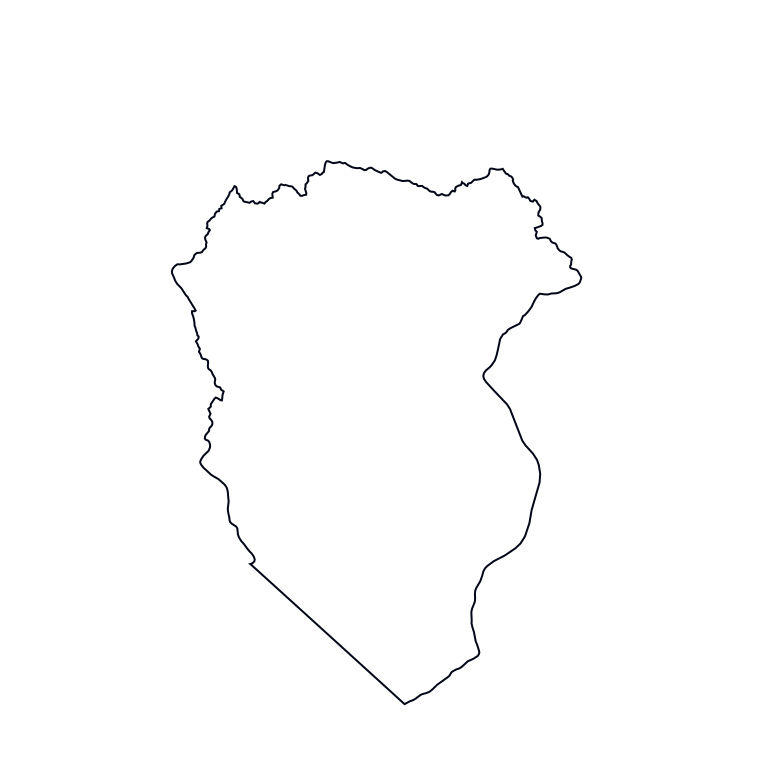 the district of Casa Nova, Bahia, Brazil, rotated 307°
{"feature_id": "56859067B17018387686030", "entity_name": "Casa Nova", "entity_type": "district", "adm_level": 2, "iso_a3": "BRA", "parent_name": "Brazil", "parent_adm1": "Bahia", "projection": "robinson", "projection_center": [-41.193, -9.237], "detail": "fine", "context": "isolated", "style": "outline", "palette": "ink", "viewbox_px": 768, "rotation_deg": 307, "n_neighbors": 0, "source": "geoboundaries", "source_scale": "gbopen_adm2", "svg_char_len": 6166}
<svg xmlns="http://www.w3.org/2000/svg" viewBox="0 0 768 768"><g transform="rotate(307 384 384)"><path d="M159.7,385.5L159.7,386.9L151.9,472.3L141.8,581.4L140.7,593.1L146.0,595.5L149.2,597.6L151.8,598.6L157.6,600.3L159.6,601.4L161.7,603.1L164.4,604.9L166.2,605.7L168.9,606.4L175.9,607.5L189.4,611.7L191.3,611.8L192.8,611.5L194.7,611.4L196.1,611.9L199.6,613.5L201.6,615.0L204.7,616.3L213.0,617.8L217.1,620.1L218.5,620.8L223.5,622.6L225.4,622.3L226.9,621.8L228.3,620.2L231.9,615.2L233.6,612.2L240.1,605.0L243.1,600.8L245.5,598.0L248.0,596.3L254.4,591.0L257.7,589.5L263.1,588.1L265.9,587.0L267.7,585.7L271.4,582.7L273.8,581.3L276.1,580.5L284.3,579.6L289.8,577.9L294.2,576.1L297.9,575.6L301.1,576.1L308.6,578.3L319.8,583.7L331.8,587.8L338.7,589.0L347.1,588.3L360.3,583.9L372.1,577.8L399.0,567.5L406.3,562.8L412.5,556.3L415.4,552.0L418.0,545.1L420.1,534.1L422.0,528.5L439.8,499.8L441.8,494.5L444.7,476.9L447.0,464.4L448.3,460.7L450.1,458.5L452.8,457.3L456.1,457.2L461.1,458.4L464.6,458.6L469.8,458.3L474.5,456.7L478.9,454.8L489.8,449.7L495.1,449.2L498.0,450.4L499.5,450.5L501.8,450.4L504.7,451.4L513.2,455.7L514.4,456.0L517.6,455.3L520.9,454.4L522.3,454.2L523.4,455.0L528.6,455.5L532.1,455.5L534.7,455.4L540.7,454.1L544.2,453.7L548.1,453.7L550.0,454.2L551.0,456.2L552.4,458.6L554.3,461.2L556.9,463.1L559.9,466.7L561.4,468.1L563.2,469.2L569.3,471.8L572.8,474.4L577.1,477.3L580.9,479.1L583.1,479.2L587.0,477.9L588.0,477.2L590.6,471.3L591.0,469.9L590.8,468.4L589.0,464.0L589.2,462.4L590.5,461.6L592.1,461.5L594.5,459.8L596.2,459.2L597.5,457.7L597.2,455.7L597.2,452.9L597.6,449.2L597.3,447.7L596.4,445.6L596.2,443.9L596.9,441.1L598.8,438.2L599.4,436.4L598.3,433.4L598.5,431.4L599.7,429.0L599.0,426.1L597.8,424.3L594.1,420.3L592.8,419.8L592.4,418.4L593.3,416.7L594.1,415.7L597.4,414.5L597.9,412.2L599.3,410.6L601.1,412.0L604.9,414.4L606.5,414.8L607.8,413.9L608.9,412.3L611.4,410.0L611.6,408.6L611.4,405.8L613.9,404.2L617.5,403.7L619.5,402.4L620.1,400.9L620.4,399.2L621.0,397.5L621.9,395.8L621.7,393.2L619.2,393.1L618.3,390.7L619.4,388.3L619.7,386.5L618.6,385.8L618.2,384.5L618.0,382.6L616.9,381.8L621.9,372.5L621.5,371.0L621.5,369.5L622.1,367.5L623.0,365.7L623.8,364.5L625.0,364.1L626.0,362.3L626.3,360.7L625.7,358.8L626.1,356.3L625.4,355.0L626.4,351.7L627.3,349.3L625.4,347.9L623.3,345.5L621.1,340.7L619.9,339.3L618.3,339.6L616.6,340.7L614.5,341.5L612.0,341.4L610.6,340.9L605.7,337.7L602.8,335.0L601.7,333.4L600.5,333.0L597.1,332.5L594.7,330.6L592.3,331.3L591.8,329.4L592.3,327.8L591.9,326.1L592.1,324.8L589.6,325.7L588.2,325.0L587.1,324.0L584.5,322.9L583.1,323.2L581.5,324.5L580.3,324.6L579.6,322.4L577.6,322.0L575.5,322.2L573.5,321.9L571.4,319.5L570.5,315.8L567.5,314.2L566.8,312.3L567.6,308.8L566.8,307.1L565.8,305.6L565.6,303.5L566.0,301.1L565.1,298.2L565.1,295.2L563.3,293.1L562.5,291.5L563.2,289.7L562.4,288.4L561.6,287.2L561.4,284.4L561.5,282.1L560.6,280.4L558.7,278.4L557.0,276.2L556.3,274.1L555.6,272.8L555.1,271.2L554.6,269.6L555.0,258.8L554.8,256.8L553.2,255.2L552.0,255.1L550.9,254.6L550.2,252.2L549.3,247.5L549.3,245.1L549.0,243.5L548.0,242.5L546.6,241.6L544.3,240.9L543.0,239.6L542.7,237.3L542.2,235.2L541.5,234.1L540.1,232.6L538.1,228.6L537.4,225.3L537.1,222.2L537.1,219.8L535.4,218.3L534.7,215.0L533.0,213.7L529.8,210.5L529.1,208.2L528.3,205.3L527.3,204.1L526.2,204.1L525.0,204.4L523.5,205.0L517.1,208.4L515.4,207.8L514.2,207.9L512.4,207.0L512.2,203.8L511.5,201.9L509.3,201.6L507.5,201.0L505.8,199.3L504.6,198.8L503.4,199.0L502.4,199.6L500.6,201.4L498.0,201.5L496.2,201.2L494.0,202.8L492.4,203.4L489.6,207.2L488.3,207.9L486.6,206.3L484.9,205.3L484.0,203.9L484.6,202.0L484.8,199.7L485.8,197.5L485.9,194.7L486.5,192.0L485.7,190.4L485.0,189.3L483.7,185.5L482.7,184.8L481.6,181.7L479.4,181.2L477.3,182.4L474.7,182.5L473.3,182.0L470.5,179.9L468.6,180.4L465.8,183.0L464.0,181.3L462.3,180.7L459.9,180.6L458.4,180.0L456.1,179.9L455.6,178.0L455.0,176.8L454.6,175.1L453.0,175.0L451.8,174.3L450.7,172.3L451.4,169.4L449.9,168.2L447.7,167.5L446.4,164.4L445.6,163.0L445.5,161.6L446.7,159.3L446.7,156.1L447.9,155.1L448.5,154.0L448.1,151.7L451.2,149.0L452.4,147.1L452.0,145.5L448.5,146.1L446.6,146.1L444.3,145.4L442.8,146.1L440.4,146.7L436.2,147.0L431.6,148.0L428.4,146.8L426.6,148.5L424.7,147.1L422.7,148.2L421.0,146.6L418.1,146.6L416.7,147.3L415.6,147.8L413.8,146.8L411.6,146.3L409.6,146.3L407.3,145.6L405.9,146.1L404.3,147.6L401.8,148.7L402.5,150.8L402.1,152.3L399.6,152.4L397.7,153.0L394.8,152.5L393.2,153.0L391.9,154.2L390.3,157.1L388.5,157.7L386.7,159.3L385.0,159.7L382.4,159.1L379.7,159.2L378.4,158.3L376.1,155.8L374.3,155.2L372.6,155.0L370.4,155.9L366.4,156.2L364.6,155.9L361.1,153.4L356.8,149.1L355.2,146.9L352.4,146.0L348.8,145.9L346.3,146.8L344.8,148.2L342.5,152.5L341.2,154.4L340.1,156.8L339.4,158.9L338.6,164.3L335.8,172.0L335.3,175.0L334.3,176.9L330.3,187.2L329.2,189.4L328.2,189.0L326.6,186.9L325.1,187.9L322.8,191.4L321.2,193.3L319.4,195.2L316.5,197.7L315.5,199.4L313.2,202.3L312.3,203.9L310.5,205.8L310.4,207.3L309.4,208.1L308.2,208.4L304.9,208.1L303.5,211.4L302.3,213.0L301.3,215.8L298.4,216.8L297.5,219.3L295.2,222.7L295.2,224.5L296.3,226.3L296.7,227.8L296.6,229.3L295.1,230.8L292.4,232.4L290.9,233.9L290.4,235.2L290.6,237.0L290.2,238.6L288.5,241.7L287.0,245.4L286.2,246.4L283.1,248.0L281.7,250.0L281.4,251.7L282.6,255.3L281.4,257.4L281.6,260.4L278.1,261.6L275.6,263.2L273.3,264.4L272.7,263.2L272.6,260.9L272.3,259.0L271.8,257.7L270.1,257.5L263.8,257.8L261.6,259.3L258.3,258.7L255.9,263.3L252.7,264.0L251.6,265.4L251.3,267.6L250.5,269.6L248.8,271.0L247.2,271.5L245.4,271.3L243.4,271.2L241.1,272.5L236.0,272.3L234.5,272.6L232.5,273.8L232.3,275.6L232.9,277.4L232.5,279.4L231.1,281.3L229.9,282.4L228.3,283.3L225.0,284.1L217.9,283.0L213.7,283.3L211.4,283.9L210.2,285.1L209.3,287.2L208.5,290.3L207.7,298.5L207.5,300.1L207.7,303.4L208.4,309.1L207.8,317.1L206.8,320.2L205.9,321.8L203.7,324.3L200.3,327.3L197.4,330.0L196.4,330.8L190.7,334.1L189.0,335.5L185.9,338.8L184.6,340.5L182.3,342.6L181.2,344.1L180.8,346.6L181.2,351.7L180.4,353.8L176.0,357.8L174.4,360.2L173.4,362.5L172.6,364.8L172.1,367.7L170.0,374.7L169.4,377.5L169.0,380.3L167.9,383.6L166.3,386.2L164.3,387.2L162.4,387.0L160.7,386.2L159.7,385.5Z" fill="none" stroke="#020617" stroke-width="2"/></g></svg>